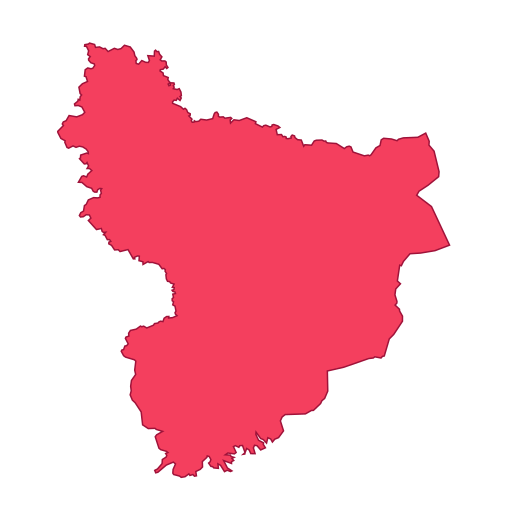 Bela Vista, Mato Grosso do Sul, Brazil, rotated 88°
{"feature_id": "56859067B95751295676560", "entity_name": "Bela Vista", "entity_type": "district", "adm_level": 2, "iso_a3": "BRA", "parent_name": "Brazil", "parent_adm1": "Mato Grosso do Sul", "projection": "natural_earth1", "projection_center": [-56.561, -21.914], "detail": "fine", "context": "isolated", "style": "filled", "palette": "rose", "viewbox_px": 512, "rotation_deg": 88, "n_neighbors": 0, "source": "geoboundaries", "source_scale": "gbopen_adm2", "svg_char_len": 6060}
<svg xmlns="http://www.w3.org/2000/svg" viewBox="0 0 512 512"><g transform="rotate(88 256 256)"><path d="M473.0,329.7L472.2,326.7L473.9,325.2L473.6,323.2L469.3,323.7L467.3,319.2L465.0,316.8L459.6,316.8L455.5,312.1L454.1,311.7L454.7,309.8L457.8,308.2L460.0,309.0L461.3,310.6L464.7,308.4L465.0,306.7L466.3,305.6L466.9,301.0L462.4,301.3L464.0,298.7L470.4,295.0L469.1,292.3L470.5,289.0L469.9,287.6L466.8,292.0L459.3,295.5L462.5,287.7L460.6,287.6L459.6,285.4L457.5,287.1L456.5,285.0L455.5,287.9L454.1,288.5L453.6,293.6L451.9,291.1L453.0,284.5L451.7,282.7L445.7,285.2L444.8,283.3L446.6,279.8L445.0,278.9L444.9,276.1L452.1,273.8L448.0,272.0L449.6,269.6L453.3,268.1L453.5,263.8L447.7,265.3L445.1,264.1L445.6,261.6L450.0,258.1L448.0,253.3L444.5,255.3L443.0,255.0L440.2,259.9L434.2,262.4L432.0,262.1L438.6,257.7L439.7,255.1L443.3,252.0L438.0,250.5L439.4,247.7L442.5,246.1L439.7,243.6L438.3,239.8L431.7,234.6L421.6,237.4L417.8,235.5L415.5,232.4L415.5,212.1L412.3,206.0L412.3,204.0L405.7,196.6L402.9,195.2L400.8,192.4L393.5,189.0L373.4,188.7L370.2,172.1L362.4,146.9L362.0,142.3L360.9,140.8L362.3,134.6L360.7,133.1L360.4,131.3L343.5,125.7L339.2,121.1L326.3,111.9L321.2,111.7L316.0,114.4L314.2,114.5L309.9,118.7L308.0,116.9L306.3,116.7L299.7,118.5L293.8,117.5L288.8,112.6L285.9,115.6L270.2,112.7L270.8,111.1L266.5,108.8L259.1,102.0L258.8,91.4L256.9,76.9L251.9,62.2L212.7,78.9L200.9,93.3L196.9,90.8L191.3,81.6L183.1,70.7L178.2,70.1L157.4,74.4L151.2,79.3L147.4,78.9L139.1,82.1L143.0,90.1L143.1,104.7L144.3,109.5L145.7,111.0L143.8,116.5L142.8,124.3L144.3,126.8L149.9,128.2L152.1,132.4L158.9,137.5L159.8,138.9L159.1,140.3L159.7,144.2L155.5,155.4L150.3,157.3L149.5,159.0L150.0,161.5L151.7,164.0L146.4,171.8L145.5,180.4L144.9,181.7L143.5,182.3L143.6,184.0L142.4,186.0L142.4,191.7L143.1,193.8L147.2,196.6L146.5,203.3L148.0,204.5L141.7,206.7L141.2,210.4L139.0,212.9L137.3,213.3L136.4,215.6L137.7,216.9L139.3,216.7L139.9,220.0L139.6,221.7L138.2,221.7L137.5,223.1L137.7,225.0L135.5,226.3L135.5,230.5L130.2,231.5L128.4,227.7L126.8,229.5L125.2,233.7L125.6,235.3L127.1,235.7L127.5,237.5L125.6,241.6L126.0,243.7L127.4,245.1L123.7,252.0L121.8,251.4L117.5,260.4L120.0,268.0L119.1,273.3L122.3,276.8L119.2,277.1L117.7,275.4L116.6,276.5L117.2,282.3L115.8,283.8L115.9,287.4L115.1,288.7L113.0,288.6L110.8,290.1L111.2,291.8L112.5,292.8L117.2,294.5L118.4,300.6L117.4,306.4L119.3,308.5L119.6,311.6L118.7,312.9L120.1,313.3L120.1,315.1L118.5,316.0L117.0,315.2L113.7,318.2L112.9,316.8L111.5,316.8L110.2,319.2L107.3,320.3L105.9,321.8L106.8,323.4L104.1,326.1L100.5,334.0L99.0,334.0L97.3,332.4L97.7,330.3L95.6,329.1L97.9,326.5L95.5,325.2L93.9,326.4L93.2,325.0L89.5,325.3L86.1,326.9L86.9,329.0L85.9,332.8L84.4,331.9L82.9,332.7L81.7,331.6L80.2,332.0L79.9,335.9L76.6,338.0L74.6,337.5L72.5,342.2L69.8,342.5L67.7,345.5L66.4,345.1L66.0,342.2L63.7,340.2L65.5,338.7L64.5,337.4L62.0,338.9L59.0,339.0L57.9,340.2L57.8,343.4L56.6,344.9L53.7,343.1L51.0,345.3L48.2,346.2L48.3,347.9L46.8,349.2L47.7,350.3L52.7,350.7L52.0,357.1L56.9,355.7L58.8,356.8L58.6,359.5L56.7,363.3L60.2,366.6L59.4,369.0L56.5,369.2L55.6,368.1L54.3,368.3L51.6,370.1L47.9,370.8L42.7,374.4L40.8,380.1L44.0,383.6L44.8,386.9L43.5,390.3L46.5,396.7L43.2,399.5L43.5,401.6L41.6,405.0L41.9,409.1L39.0,409.9L37.4,414.9L38.3,416.1L38.8,419.7L40.4,420.0L40.6,418.1L45.1,416.1L48.9,417.2L50.9,414.7L53.1,416.5L54.5,416.4L57.1,414.3L58.4,410.9L60.1,410.6L62.7,412.6L63.1,414.4L62.2,417.6L63.9,420.2L70.3,421.2L70.9,419.6L75.7,418.3L77.8,423.5L81.1,427.1L87.5,426.1L89.0,424.7L90.6,426.1L94.0,426.7L93.2,428.2L95.1,428.7L97.7,432.1L99.5,431.7L99.4,428.3L101.0,424.8L106.4,422.1L108.7,424.5L110.7,430.3L109.1,437.9L114.1,441.0L115.3,443.9L117.3,445.0L118.9,443.9L124.5,449.8L125.7,449.7L131.7,446.9L134.2,442.7L135.7,443.1L140.9,441.1L141.7,439.5L139.6,435.0L141.1,432.1L140.1,428.7L140.9,425.4L143.2,422.0L145.9,420.1L147.8,420.0L147.2,421.5L149.0,427.7L151.8,428.0L152.6,429.0L158.0,424.4L157.9,422.5L156.7,421.6L160.1,420.2L162.7,421.8L162.8,419.3L164.9,417.1L168.2,421.1L171.1,422.5L169.8,425.6L170.4,427.4L176.1,430.9L176.4,427.4L180.8,422.7L182.6,417.9L185.6,416.4L186.5,415.0L186.6,412.8L184.2,411.9L183.0,409.7L183.3,407.9L184.8,409.0L188.0,408.4L189.5,409.7L191.9,409.8L192.4,412.2L192.0,416.3L194.1,421.6L198.5,423.9L199.6,425.7L205.1,426.8L206.6,429.6L209.4,431.1L210.9,430.0L210.7,427.2L208.8,424.2L209.2,421.1L212.4,419.7L214.7,422.3L224.0,414.5L223.1,409.6L226.1,408.9L227.1,407.6L227.0,405.4L229.4,407.7L230.0,406.2L234.5,404.0L234.5,401.8L236.3,400.6L237.0,402.5L238.7,402.7L240.3,400.0L245.0,397.1L244.9,393.4L246.8,391.7L245.1,383.7L254.6,378.7L254.6,377.2L253.1,377.6L251.8,374.4L252.1,372.6L256.6,373.1L257.8,369.2L260.5,369.2L257.8,364.0L258.8,363.0L258.8,359.7L260.9,353.4L265.5,350.2L265.2,348.5L266.4,347.1L268.0,347.4L270.4,346.0L271.6,346.7L275.7,346.4L278.2,345.3L278.6,343.2L280.0,342.3L281.2,338.9L284.4,340.7L284.7,338.8L286.7,339.2L287.3,341.1L288.5,340.3L289.2,338.2L290.7,337.8L291.2,340.5L294.6,339.9L295.8,341.3L297.8,341.3L298.8,340.0L301.9,340.9L303.3,338.7L308.3,337.9L309.8,338.9L311.2,338.6L312.9,337.0L314.7,341.6L314.9,345.5L313.4,345.2L313.4,347.5L315.0,350.0L318.3,351.3L317.8,353.6L318.4,355.2L319.6,356.4L320.0,359.8L321.6,360.9L324.1,367.7L322.2,370.7L322.7,372.7L322.0,373.9L324.9,378.2L326.0,384.1L328.7,386.0L331.6,385.9L332.5,388.8L333.8,389.4L339.3,386.8L341.1,388.4L341.4,390.2L344.9,391.6L345.3,393.4L346.5,394.0L351.0,391.8L352.5,389.9L355.5,381.1L356.9,379.8L365.8,381.2L370.2,380.4L376.0,384.8L381.8,385.8L386.4,385.4L390.4,386.6L395.7,384.6L398.4,381.9L407.8,376.2L420.8,375.2L424.7,369.7L424.7,362.9L425.8,361.8L428.0,355.4L431.2,361.5L433.1,363.0L444.7,359.7L446.2,358.0L448.1,352.3L449.4,350.9L450.2,353.2L452.1,352.1L453.8,352.8L456.1,356.7L460.2,357.1L465.4,361.9L466.7,364.7L469.2,363.8L468.7,361.6L461.8,352.9L459.1,345.8L461.0,343.7L466.4,346.3L470.1,346.7L471.5,345.9L473.3,340.0L474.6,338.5L474.1,334.6L471.4,330.7L473.0,329.7ZM79.9,335.9L82.3,335.6L82.8,337.1L81.1,337.8L79.9,335.9ZM452.1,273.8L453.7,275.7L453.5,274.1L452.1,273.8Z" fill="#f43f5e" stroke="#9f1239" stroke-width="1.5"/></g></svg>